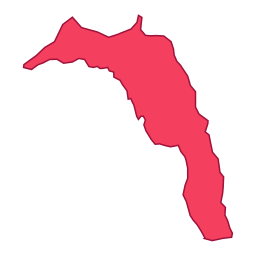 Eledio, Paphos, Cyprus (Albers equal-area conic projection)
{"feature_id": "46923920B56719534080492", "entity_name": "Eledio", "entity_type": "district", "adm_level": 2, "iso_a3": "CYP", "parent_name": "Cyprus", "parent_adm1": "Paphos", "projection": "albers", "projection_center": [32.562, 34.811], "detail": "fine", "context": "isolated", "style": "filled", "palette": "rose", "viewbox_px": 256, "rotation_deg": 0, "n_neighbors": 0, "source": "geoboundaries", "source_scale": "gbopen_adm2", "svg_char_len": 1387}
<svg xmlns="http://www.w3.org/2000/svg" viewBox="0 0 256 256"><path d="M23.6,67.5L31.5,69.5L38.0,64.7L42.8,63.0L49.5,59.5L56.9,59.2L63.6,63.2L72.4,62.0L78.7,58.5L84.5,59.4L89.0,66.6L93.5,67.4L97.3,66.4L100.1,68.5L103.1,68.3L107.6,67.5L109.4,70.9L113.7,72.1L113.9,77.1L117.5,79.0L120.1,80.3L122.3,84.3L127.0,90.8L127.8,96.5L128.2,99.2L130.8,98.5L131.9,101.2L133.9,105.1L134.9,109.0L136.7,116.2L138.4,119.4L141.0,116.2L143.3,116.2L145.4,120.0L143.9,124.9L144.9,127.7L145.9,130.7L148.1,134.3L151.3,139.5L155.1,144.2L159.8,143.9L165.3,145.6L170.6,146.8L178.3,145.3L180.9,151.6L184.9,156.7L186.0,159.9L187.7,168.1L187.7,178.3L185.1,185.3L183.1,194.8L186.4,201.6L190.2,215.5L193.1,220.0L197.4,225.0L201.4,231.5L205.0,238.1L204.4,238.5L212.2,240.6L223.0,238.3L231.2,237.3L231.6,237.3L232.4,233.3L229.9,228.3L227.6,220.6L224.9,215.0L225.4,207.4L220.8,202.6L222.6,193.4L223.1,187.9L223.6,176.9L220.0,172.3L218.1,158.9L212.5,152.2L210.2,141.1L209.0,134.9L205.2,131.9L207.8,123.7L208.0,120.7L199.0,114.1L195.5,107.1L195.5,100.9L195.5,91.7L190.4,85.5L187.6,76.0L180.3,65.0L176.9,61.4L174.1,55.0L173.5,49.2L171.1,41.7L163.8,36.0L156.2,35.6L150.7,35.8L145.5,35.4L140.6,29.6L141.1,24.6L141.9,17.4L138.5,15.4L137.0,22.4L131.1,29.0L116.8,34.7L108.7,37.3L97.6,32.1L81.5,27.6L72.4,17.2L62.8,24.5L54.5,41.7L44.9,47.4L36.4,55.5L23.9,64.6L23.6,67.5Z" fill="#f43f5e" stroke="#9f1239" stroke-width="1.5"/></svg>